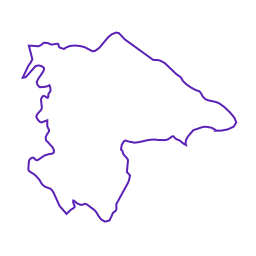 the County of Shkodër, rotated 93°
{"feature_id": "ALB-1498", "entity_name": "Shkodër", "entity_type": "County", "adm_level": 1, "iso_a3": "ALB", "parent_name": "Albania", "parent_adm1": "", "projection": "albers", "projection_center": [19.744, 42.245], "detail": "fine", "context": "isolated", "style": "outline", "palette": "violet", "viewbox_px": 256, "rotation_deg": 93, "n_neighbors": 0, "source": "natural_earth", "source_scale": "10m", "svg_char_len": 2868}
<svg xmlns="http://www.w3.org/2000/svg" viewBox="0 0 256 256"><g transform="rotate(93 128 128)"><path d="M125.9,37.5L126.1,40.2L125.8,39.9L124.9,41.3L123.4,44.5L123.1,46.3L122.7,50.3L122.8,52.1L123.5,54.5L126.8,62.7L133.2,67.6L136.5,69.3L140.1,69.8L141.9,69.2L140.7,71.8L140.1,72.7L139.4,73.7L138.7,74.5L138.0,75.4L137.5,76.5L136.6,79.1L136.0,80.1L134.2,81.9L133.8,82.6L134.2,83.6L137.2,87.4L137.8,89.0L138.2,91.2L138.4,97.9L138.1,100.0L138.3,103.1L139.0,107.3L141.5,116.2L142.2,119.8L142.3,122.1L141.9,122.9L141.7,123.7L141.8,124.8L141.6,125.8L141.2,127.9L140.6,129.8L141.0,130.8L142.3,131.8L145.0,133.3L149.9,133.9L150.9,132.5L151.5,132.2L152.2,132.0L153.0,131.8L154.0,131.4L155.2,130.6L158.0,127.6L159.2,126.7L160.5,126.3L172.0,126.8L175.3,123.5L179.9,124.2L182.5,125.0L204.7,135.7L209.3,135.3L210.7,135.6L211.9,136.5L212.7,137.7L213.7,138.8L215.4,139.2L221.3,141.7L222.7,146.1L220.7,150.1L217.3,152.9L214.9,154.5L213.1,155.8L211.7,157.3L206.5,165.0L205.9,167.0L206.9,169.1L207.3,170.9L206.2,174.4L203.3,178.4L203.3,178.9L205.5,178.7L207.0,178.1L208.4,177.3L209.5,177.1L210.8,178.1L212.5,180.7L217.0,184.9L209.2,192.4L196.7,198.8L194.5,200.3L192.8,202.2L191.1,207.5L189.3,210.2L187.5,211.8L184.5,213.6L180.2,217.9L178.8,219.9L176.5,224.1L175.5,225.0L173.9,225.4L166.4,225.2L164.7,224.6L163.6,223.6L162.8,222.4L162.6,221.3L162.9,220.3L164.5,218.7L164.9,218.0L164.9,217.0L164.4,215.9L160.6,211.0L159.8,209.8L158.3,205.9L157.8,203.1L157.4,201.9L156.2,200.8L155.0,200.7L152.9,201.3L150.7,202.7L148.8,204.9L146.8,206.7L145.5,208.3L144.5,209.2L143.0,209.6L141.3,209.6L138.3,208.5L136.8,207.4L135.5,206.7L134.2,206.8L130.5,208.7L124.5,209.0L126.7,214.0L126.9,215.0L126.7,215.9L126.0,216.9L124.6,218.3L123.0,219.5L121.2,220.2L118.7,219.2L115.2,216.3L113.6,215.3L111.9,215.1L104.8,216.3L103.2,216.2L101.4,215.2L100.7,214.7L100.4,213.9L100.6,212.8L101.3,211.5L101.9,210.7L102.1,210.1L101.9,209.6L101.3,209.3L99.1,209.3L97.9,209.1L96.8,208.5L96.0,207.8L95.5,207.5L94.8,207.3L91.5,207.8L89.4,208.7L90.2,209.9L91.2,212.8L91.9,218.2L89.6,220.7L86.8,221.6L83.4,220.1L76.7,216.0L74.1,214.9L72.3,215.2L70.8,217.3L70.2,220.3L70.9,223.4L82.7,232.9L83.3,235.8L70.7,230.6L67.9,228.7L64.4,227.1L51.0,231.3L50.9,228.6L51.1,221.7L49.5,218.9L47.7,217.1L47.2,216.0L47.4,215.0L47.3,213.2L47.5,211.9L48.3,210.5L48.7,208.6L47.5,202.6L48.5,201.6L50.1,201.4L51.3,200.4L52.4,196.0L50.9,194.2L49.1,190.2L48.4,185.1L48.7,179.9L49.6,175.4L53.2,167.5L52.8,165.0L52.3,164.4L49.4,160.8L38.2,152.4L35.2,149.0L33.3,144.8L33.8,142.0L35.5,140.2L39.7,135.8L58.5,106.7L58.7,105.3L58.6,101.7L58.9,99.8L60.8,95.5L61.8,94.0L71.8,82.4L74.4,78.1L78.2,75.6L81.4,71.9L84.1,67.5L86.5,62.6L87.6,58.6L89.9,56.6L92.7,55.0L95.1,52.3L96.2,49.1L97.3,42.2L98.4,38.6L101.7,33.3L106.8,27.3L108.7,25.5L112.2,22.3L116.7,20.2L121.1,22.5L124.1,28.2L125.8,34.9L125.9,37.5Z" fill="none" stroke="#5b21b6" stroke-width="2"/></g></svg>